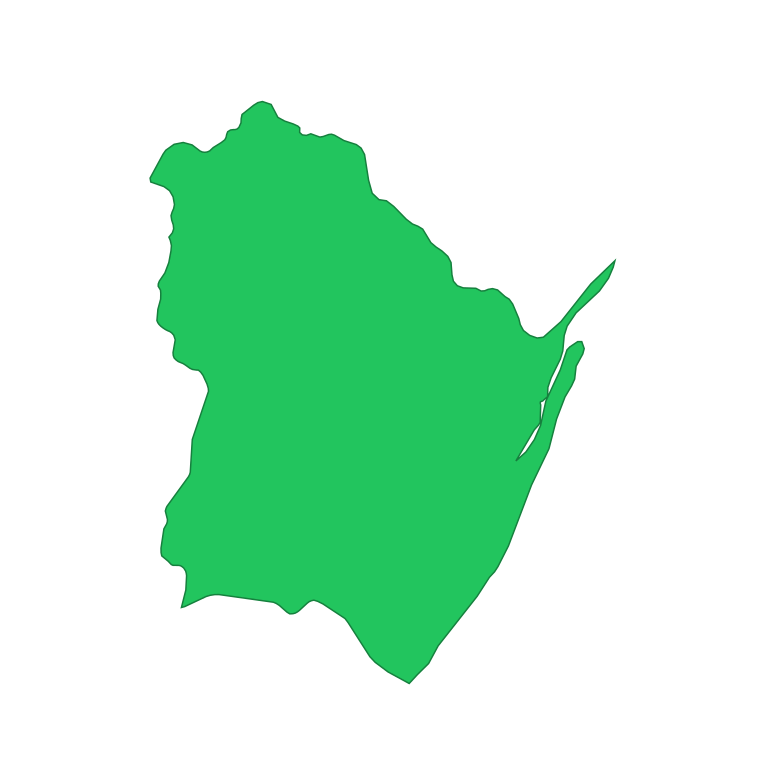 Barima-Waini, orthographic projection, rotated 80°
{"feature_id": "GUY-675", "entity_name": "Barima-Waini", "entity_type": "Region", "adm_level": 1, "iso_a3": "GUY", "parent_name": "Guyana", "parent_adm1": "", "projection": "orthographic", "projection_center": [-59.909, 7.754], "detail": "fine", "context": "isolated", "style": "filled", "palette": "green", "viewbox_px": 768, "rotation_deg": 80, "n_neighbors": 0, "source": "natural_earth", "source_scale": "10m", "svg_char_len": 2984}
<svg xmlns="http://www.w3.org/2000/svg" viewBox="0 0 768 768"><g transform="rotate(80 384 384)"><path d="M288.2,298.1L294.8,297.8L300.0,294.7L303.1,289.3L305.7,276.9L309.3,272.2L309.7,268.6L308.9,265.1L308.9,260.6L311.1,255.8L319.0,249.6L322.2,246.0L327.6,243.4L342.9,239.9L349.2,239.5L355.5,237.4L361.4,232.1L365.3,225.2L365.6,218.9L353.3,198.9L321.4,163.0L302.7,135.2L308.8,138.0L318.9,144.6L329.8,155.7L347.3,182.5L358.8,193.6L367.5,198.1L382.5,202.2L390.2,206.1L407.0,218.4L415.8,223.2L424.9,225.1L427.7,229.9L428.2,230.5L428.7,233.0L429.9,233.5L431.8,233.3L449.0,236.9L451.3,239.0L455.3,244.0L482.7,267.5L475.6,256.1L464.9,245.6L452.0,237.0L429.0,227.6L400.8,208.0L382.2,197.9L379.7,194.5L375.9,185.9L376.6,181.9L383.9,180.7L388.9,183.0L399.8,191.7L412.3,195.4L418.4,199.6L428.2,208.0L448.4,220.1L476.4,232.8L509.0,256.2L565.1,289.6L583.6,303.5L588.1,307.7L592.6,313.7L609.2,329.1L651.2,376.1L667.0,388.6L676.0,401.6L683.3,411.2L668.3,430.0L656.6,441.0L650.2,445.2L612.7,460.8L608.2,463.1L590.0,482.3L586.6,486.9L584.7,490.6L584.8,493.0L585.3,495.3L586.4,497.5L592.2,506.5L593.4,508.8L594.2,511.2L594.4,513.6L594.0,516.7L591.8,519.2L583.9,525.5L581.4,528.2L579.7,530.8L562.7,583.1L562.0,587.4L561.9,591.8L562.4,596.1L568.6,618.9L568.9,622.3L552.4,614.9L538.5,611.7L536.1,611.6L533.8,611.8L530.4,613.2L528.7,614.7L527.6,616.0L527.0,617.6L525.9,623.3L524.9,624.8L521.1,627.3L514.7,632.7L511.3,632.8L506.9,632.1L488.4,625.9L484.0,622.3L482.0,621.3L479.8,620.8L471.1,621.4L468.6,620.2L466.8,619.0L441.4,592.7L439.3,591.1L437.3,590.1L405.3,582.4L360.7,558.1L357.6,557.8L353.3,558.3L344.1,560.7L340.4,562.5L338.1,564.4L337.7,566.2L336.4,570.1L334.9,572.3L330.8,576.3L329.0,578.3L326.2,582.7L324.2,584.6L322.0,586.1L319.4,586.6L316.4,586.3L304.2,581.9L299.4,582.6L296.8,584.2L295.1,585.9L294.0,587.7L292.4,589.8L290.4,591.9L288.3,593.8L286.1,595.3L284.3,596.1L282.1,596.6L271.2,593.7L261.6,589.2L256.1,588.1L252.7,587.8L248.5,589.4L246.2,588.9L243.7,587.4L236.6,580.5L227.0,574.8L216.0,570.7L210.8,569.3L205.6,569.5L202.0,570.3L198.4,566.2L194.7,564.2L190.7,563.9L185.7,564.6L181.2,564.5L177.9,562.8L174.7,560.7L170.9,559.2L163.0,559.2L156.4,561.6L151.4,566.4L144.6,578.6L140.6,578.6L119.2,561.6L115.9,558.3L111.5,549.1L111.3,539.8L115.2,531.5L122.6,524.7L124.0,522.6L124.7,520.3L124.8,517.8L124.2,515.2L121.5,511.1L118.0,502.4L115.9,498.4L113.7,496.7L110.9,495.6L108.4,494.1L107.2,491.1L107.3,488.5L107.6,486.5L107.5,484.7L106.2,482.4L102.0,479.5L97.7,478.5L93.9,477.0L86.8,463.9L85.0,459.4L84.7,454.7L89.1,446.6L103.0,442.2L107.8,436.2L112.1,428.3L115.1,424.0L117.2,422.5L121.6,423.4L124.5,421.2L125.7,417.2L124.9,412.6L129.7,404.3L129.7,400.9L128.7,395.0L128.9,392.3L130.4,389.5L137.3,381.2L143.4,369.7L147.7,365.6L154.6,363.3L180.7,363.8L194.1,362.5L201.6,356.9L204.0,349.8L210.8,343.6L225.7,333.4L226.9,332.3L231.4,328.2L234.5,323.2L238.2,319.0L252.9,313.3L258.2,308.9L263.1,303.8L269.4,299.0L276.0,296.9L288.2,298.1Z" fill="#22c55e" stroke="#15803d" stroke-width="1.5"/></g></svg>